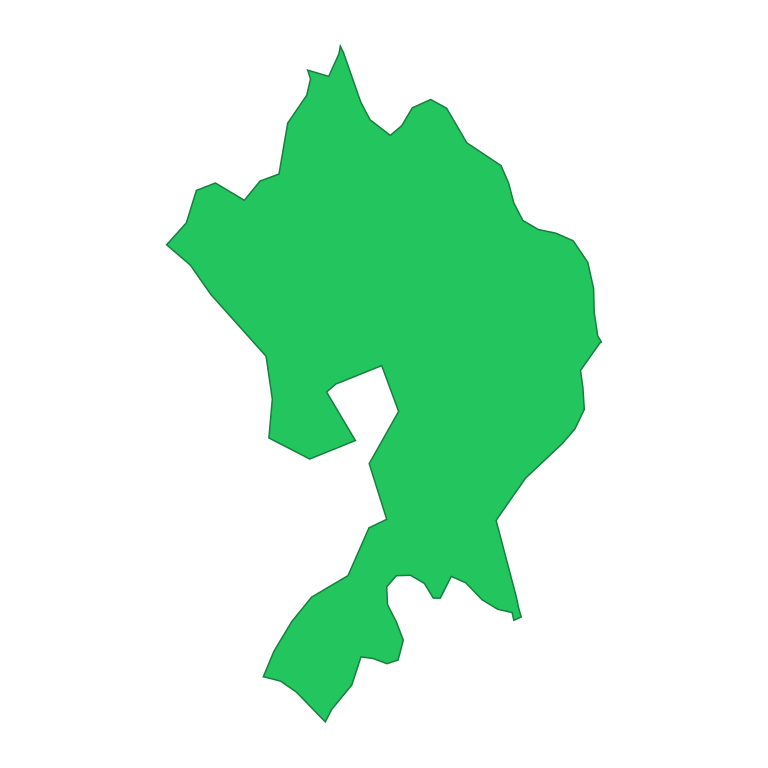 outline of Stîngă Nistrului
{"feature_id": "MDA-1628", "entity_name": "Stîngă Nistrului", "entity_type": "District", "adm_level": 1, "iso_a3": "MDA", "parent_name": "Moldova", "parent_adm1": "", "projection": "albers", "projection_center": [29.192, 47.279], "detail": "fine", "context": "isolated", "style": "filled", "palette": "green", "viewbox_px": 768, "rotation_deg": 0, "n_neighbors": 0, "source": "natural_earth", "source_scale": "10m", "svg_char_len": 1357}
<svg xmlns="http://www.w3.org/2000/svg" viewBox="0 0 768 768"><path d="M340.3,46.1L343.4,52.4L360.8,102.2L370.0,119.7L390.3,135.4L401.8,125.6L412.3,107.8L430.7,99.5L446.6,108.2L466.8,142.8L501.1,165.7L508.7,183.3L513.8,202.9L522.9,220.5L538.3,229.5L555.9,233.2L573.2,240.8L587.8,262.4L593.6,288.5L594.2,312.3L597.7,335.8L601.4,342.0L601.2,342.2L599.8,343.1L580.5,370.5L582.9,387.4L584.3,409.5L575.0,428.8L562.3,443.6L525.5,478.2L496.1,520.4L516.3,596.8L518.4,607.0L521.2,617.0L514.2,620.1L513.8,620.3L512.2,613.0L512.2,612.6L497.7,609.3L482.5,600.0L482.0,599.7L466.2,583.3L465.8,582.9L451.3,576.4L440.3,598.1L433.6,598.1L433.3,598.1L424.6,583.8L424.5,583.5L410.6,575.3L396.4,575.7L386.7,586.8L387.5,604.6L396.4,622.0L403.3,640.1L398.1,660.0L386.9,663.7L373.0,658.5L361.0,656.9L351.8,685.0L331.7,709.4L325.3,721.9L319.2,715.7L296.6,692.3L296.4,692.1L280.5,681.1L264.0,676.9L263.3,676.8L273.8,651.5L291.6,621.8L311.6,597.1L348.0,575.6L369.0,527.8L386.7,519.3L369.2,463.6L398.6,411.4L381.7,365.6L335.9,384.0L326.7,391.9L326.6,392.0L355.4,440.5L309.7,459.0L268.9,438.0L272.3,399.2L266.1,356.3L211.0,294.7L190.3,265.1L166.6,244.8L186.3,222.9L196.4,190.4L215.4,183.0L244.3,200.3L260.1,181.0L279.0,174.0L287.7,123.1L306.7,95.3L310.5,79.1L307.7,70.1L308.0,70.2L328.7,76.4L339.0,53.7L340.2,46.6L340.3,46.1Z" fill="#22c55e" stroke="#15803d" stroke-width="1.5"/></svg>